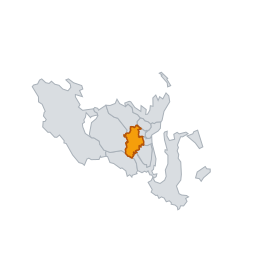 Republic of Serbia highlighted among its neighbors, rotated 228°
{"feature_id": "SRB", "entity_name": "Republic of Serbia", "entity_type": "country or territory", "adm_level": 0, "iso_a3": "SRB", "parent_name": "Europe", "parent_adm1": "", "projection": "robinson", "projection_center": [20.755, 44.206], "detail": "fine", "context": "with_neighbors", "style": "filled", "palette": "amber", "viewbox_px": 256, "rotation_deg": 228, "n_neighbors": 12, "source": "natural_earth", "source_scale": "50m", "svg_char_len": 8147}
<svg xmlns="http://www.w3.org/2000/svg" viewBox="0 0 256 256"><g transform="rotate(228 128 128)"><path d="M196.5,112.7L199.4,114.5L205.3,114.0L204.4,116.6L198.1,117.8L190.5,122.0L187.2,120.5L188.3,117.1L181.8,115.1L188.1,111.3L186.3,109.7L177.3,107.9L176.7,105.2L171.5,106.1L165.3,115.3L162.6,114.1L160.0,115.2L157.3,113.9L158.7,113.1L161.1,108.4L160.7,107.1L167.4,107.2L164.5,103.6L163.6,100.6L161.4,99.5L161.7,97.0L159.1,95.1L152.5,92.6L145.0,94.4L143.6,96.0L137.5,97.8L134.8,96.1L127.7,95.3L125.2,96.8L124.8,94.9L121.6,92.9L124.3,88.2L125.5,88.6L124.0,85.4L129.1,79.5L131.8,78.7L132.4,76.7L129.5,70.6L132.1,70.3L135.1,68.4L145.0,68.8L157.8,71.7L159.8,70.4L161.3,72.1L168.6,72.4L168.7,68.9L170.3,67.3L177.1,67.2L178.4,65.6L185.8,65.3L189.6,69.3L188.4,70.7L189.0,72.9L193.5,73.2L195.7,76.2L195.7,77.6L203.1,80.1L207.3,79.0L211.1,82.3L222.8,84.5L223.1,86.6L221.2,90.3L222.8,94.3L222.2,96.7L216.7,97.2L213.9,99.2L214.0,102.4L209.5,102.9L205.9,105.3L200.6,105.6L195.8,108.3L196.5,112.7Z" fill="#d9dde1" stroke="#a8b0b8" stroke-width="1"/><path d="M121.6,92.9L124.8,94.9L125.2,96.8L121.8,98.3L115.6,108.0L111.0,109.3L107.4,109.0L100.8,112.0L96.1,110.6L90.0,106.6L89.0,104.2L88.0,104.2L90.0,99.6L88.9,98.0L92.1,98.0L92.6,95.1L97.6,97.7L102.4,96.8L102.8,95.4L111.2,93.6L114.4,91.5L120.4,93.7L121.6,92.9Z" fill="#d9dde1" stroke="#a8b0b8" stroke-width="1"/><path d="M157.3,113.9L160.0,115.2L162.6,114.1L165.3,115.3L165.5,117.1L162.8,118.7L161.0,118.0L159.7,126.8L151.9,123.4L145.1,125.0L142.2,126.9L126.9,125.9L124.1,121.7L125.4,120.5L124.0,119.6L122.2,121.2L118.8,119.1L118.3,116.1L114.8,114.4L114.1,112.1L111.0,109.3L115.6,108.0L121.8,98.3L127.7,95.3L134.8,96.1L137.5,97.8L143.6,96.0L145.0,94.4L147.4,94.4L149.2,95.1L156.4,104.5L156.2,110.6L157.3,113.9Z" fill="#d9dde1" stroke="#a8b0b8" stroke-width="1"/><path d="M125.2,122.9L126.9,125.9L142.2,126.9L145.1,125.0L151.9,123.4L159.7,126.8L156.7,129.8L154.8,134.9L156.8,139.1L151.7,138.1L145.7,140.4L145.8,144.0L140.4,144.7L136.2,142.1L131.5,144.1L127.1,143.9L126.6,139.1L123.7,136.8L124.6,135.8L124.0,134.9L124.9,132.6L127.2,130.4L124.3,127.2L123.7,124.6L125.2,122.9Z" fill="#d9dde1" stroke="#a8b0b8" stroke-width="1"/><path d="M147.8,187.9L147.1,190.1L138.3,190.7L138.4,189.5L130.9,188.1L132.0,185.0L135.4,187.4L144.6,187.5L144.5,188.8L147.8,187.9ZM127.1,143.9L131.5,144.1L136.2,142.1L140.4,144.7L145.8,144.0L145.7,140.4L148.7,142.3L147.0,146.8L145.6,147.6L138.8,146.8L131.7,148.6L135.9,152.7L129.5,153.9L126.3,150.2L125.2,151.8L126.6,156.1L129.6,159.5L127.4,161.1L133.7,166.6L133.9,170.7L128.3,168.8L130.1,172.5L126.3,173.3L128.6,179.7L124.6,179.8L119.6,176.6L116.3,165.9L110.9,158.4L110.5,156.3L113.3,152.8L113.6,150.5L115.5,149.4L115.7,147.5L119.5,146.9L121.8,145.3L125.0,145.4L127.1,143.9Z" fill="#d9dde1" stroke="#a8b0b8" stroke-width="1"/><path d="M115.7,147.5L115.5,149.4L113.6,150.5L113.3,152.8L110.5,156.3L106.1,151.8L105.6,148.3L106.9,141.2L105.5,137.7L108.1,134.1L108.5,135.5L110.1,134.9L112.7,137.5L112.4,142.6L113.2,145.7L115.7,147.5Z" fill="#d9dde1" stroke="#a8b0b8" stroke-width="1"/><path d="M90.0,106.6L96.1,110.6L100.8,112.0L103.0,110.9L106.2,115.7L103.9,118.4L101.3,116.8L92.4,115.7L89.6,115.9L88.4,117.4L86.3,115.7L85.0,118.7L96.0,131.7L101.2,134.4L100.5,135.6L86.4,128.2L81.6,122.9L82.8,122.3L80.2,119.3L80.2,116.9L76.5,115.7L74.6,118.8L73.0,116.4L73.4,113.8L77.4,114.1L78.5,112.9L82.7,114.2L82.7,112.2L84.8,111.4L85.4,108.5L90.0,106.6Z" fill="#d9dde1" stroke="#a8b0b8" stroke-width="1"/><path d="M55.0,103.9L58.4,104.9L59.2,103.5L64.9,102.3L66.0,104.8L74.2,106.6L73.4,110.1L74.7,113.2L70.1,112.1L65.3,114.7L64.7,120.3L66.5,124.0L71.8,127.6L74.6,133.6L81.0,139.4L85.6,139.4L87.0,141.0L85.3,142.4L94.9,147.3L99.9,151.0L100.5,152.4L99.4,155.0L96.1,151.6L91.0,150.4L88.4,155.1L92.7,157.8L91.9,161.6L89.4,162.1L86.1,168.3L83.6,168.9L84.9,162.7L86.3,161.2L82.2,153.3L79.8,152.4L78.1,149.2L74.3,147.9L71.9,145.0L67.5,144.5L57.8,136.6L54.0,132.4L52.5,125.2L45.0,122.0L42.3,123.0L38.7,126.3L36.3,126.9L37.1,123.7L34.0,122.8L32.9,117.2L35.0,115.0L33.5,112.3L33.9,110.3L36.3,111.8L39.1,111.5L42.5,109.1L43.4,110.2L46.2,110.0L47.6,107.1L51.8,108.0L54.4,106.8L55.0,103.9ZM71.9,168.0L82.6,166.5L80.3,172.3L81.2,174.5L79.8,178.3L63.9,171.0L64.9,167.3L71.9,168.0ZM42.6,147.1L45.7,144.8L49.0,150.0L47.7,159.6L45.0,159.2L42.5,161.6L40.3,159.7L40.5,150.9L39.4,146.7L42.6,147.1Z" fill="#d9dde1" stroke="#a8b0b8" stroke-width="1"/><path d="M101.2,134.4L96.0,131.7L89.0,124.3L85.0,118.7L86.3,115.7L88.4,117.4L89.6,115.9L92.4,115.7L106.0,118.4L104.6,121.6L107.4,124.4L106.5,127.8L102.1,130.4L101.2,134.4Z" fill="#d9dde1" stroke="#a8b0b8" stroke-width="1"/><path d="M123.7,136.8L126.6,139.1L127.1,143.9L125.0,145.4L121.8,145.3L119.5,146.9L115.7,147.5L113.2,145.7L112.4,142.6L114.1,138.7L123.7,136.8Z" fill="#d9dde1" stroke="#a8b0b8" stroke-width="1"/><path d="M111.7,132.6L108.5,135.5L108.1,134.1L105.5,137.7L105.9,140.0L100.5,135.6L102.1,130.4L105.1,128.1L111.7,132.6Z" fill="#d9dde1" stroke="#a8b0b8" stroke-width="1"/><path d="M113.1,140.2L112.7,137.5L110.1,134.9L112.6,132.7L113.4,130.3L114.4,129.9L120.1,134.2L118.9,137.3L114.1,138.7L113.9,140.2L113.1,140.2Z" fill="#d9dde1" stroke="#a8b0b8" stroke-width="1"/><path d="M117.6,118.7L118.5,118.9L119.0,119.2L119.2,119.5L119.8,119.7L120.8,119.8L121.5,120.1L121.9,120.7L122.5,120.6L123.4,119.7L124.2,119.5L125.1,119.9L125.5,120.3L125.6,120.5L125.4,120.6L124.9,120.6L124.5,120.7L124.3,121.1L124.2,121.5L124.4,121.9L124.7,122.2L125.1,122.3L125.3,122.6L125.3,122.8L125.2,123.0L124.9,123.6L124.8,124.1L124.1,124.5L123.8,124.6L123.7,124.9L123.5,125.6L123.5,126.2L123.6,126.5L123.7,126.8L123.9,127.1L124.1,127.5L124.3,128.1L124.6,128.6L125.5,129.0L125.9,129.3L126.2,129.7L126.4,130.1L127.1,130.5L127.1,130.9L126.9,131.2L126.8,131.3L126.4,131.7L126.1,132.0L125.5,132.7L124.7,132.8L124.1,133.0L124.0,133.4L124.1,133.7L124.1,134.0L124.0,134.6L124.2,135.2L124.5,135.5L124.5,135.9L124.0,136.5L123.9,136.7L123.4,136.9L123.0,136.6L122.8,136.5L122.3,136.8L121.7,136.9L121.3,136.8L120.9,136.8L120.6,136.9L120.3,136.9L119.9,137.2L119.2,137.4L118.8,137.3L118.7,137.1L118.6,136.7L119.1,136.3L119.2,136.1L119.8,134.8L119.9,134.4L120.0,134.3L119.8,134.2L119.4,134.2L117.8,133.7L117.9,133.1L117.4,132.8L116.9,132.5L116.8,132.2L116.3,131.6L115.9,131.2L115.3,131.0L114.9,130.8L114.6,130.6L114.5,130.3L114.5,130.2L114.4,130.0L114.1,130.0L113.8,130.2L113.3,130.4L113.2,130.6L113.4,130.9L113.5,131.2L113.5,131.4L113.3,131.6L112.4,132.2L112.3,132.4L112.5,132.8L112.4,132.9L111.7,133.1L111.7,132.9L111.7,132.7L111.2,132.3L110.6,132.1L109.3,131.3L108.8,131.2L108.4,131.1L107.7,130.7L107.4,130.6L107.0,130.3L106.2,129.4L105.6,128.9L105.1,128.6L105.0,128.4L104.9,128.1L105.0,128.0L105.3,127.6L105.6,127.6L105.9,127.6L106.2,127.8L106.5,127.8L106.6,127.6L106.7,127.2L106.7,126.8L106.0,125.8L105.4,125.0L105.3,124.9L105.6,124.7L105.9,124.7L106.5,124.8L107.1,124.7L107.3,124.6L107.3,124.3L107.0,124.1L106.4,123.5L105.8,123.0L105.2,122.6L104.8,122.4L104.6,122.2L104.6,121.6L104.7,121.1L104.8,120.8L105.2,120.2L105.6,119.6L105.8,119.0L106.0,118.4L105.9,118.3L105.7,118.1L105.3,118.0L104.7,118.1L104.1,118.3L103.9,118.3L103.9,118.1L104.0,118.0L104.3,118.0L104.4,117.9L104.5,117.6L104.3,116.4L104.7,116.3L104.7,116.1L105.1,116.2L105.7,116.2L106.2,116.2L106.2,115.9L106.1,115.7L105.8,115.5L105.5,115.4L104.5,115.0L104.0,114.5L104.0,114.1L104.1,113.8L104.3,113.7L103.7,113.4L103.5,113.1L103.6,112.7L103.4,111.9L103.0,111.4L103.4,111.2L103.4,110.9L103.4,110.7L103.6,110.7L104.1,110.5L104.2,110.4L104.4,110.2L104.5,110.1L104.8,110.3L105.2,110.4L105.6,110.2L105.9,110.0L106.2,109.9L106.4,109.8L106.6,109.6L107.0,109.1L107.5,109.0L108.2,109.2L108.8,109.2L109.4,109.1L110.7,109.2L111.0,109.3L111.1,109.5L111.5,109.9L111.8,110.4L112.3,110.7L112.8,111.0L113.1,111.2L113.5,111.8L113.8,112.1L114.0,112.0L114.2,112.7L114.2,113.1L114.3,113.6L114.2,113.8L114.3,114.1L114.8,114.3L115.2,114.8L115.6,115.1L116.1,115.3L116.4,115.3L116.8,115.7L117.7,115.9L118.0,116.0L118.3,116.3L118.4,116.5L118.2,116.6L118.0,116.9L117.9,117.2L117.7,117.2L117.6,117.3L117.6,117.5L117.9,117.7L118.2,117.8L118.6,118.0L118.5,118.3L118.1,118.3L117.7,118.3L117.6,118.7Z" fill="#f59e0b" stroke="#b45309" stroke-width="1.5"/></g></svg>